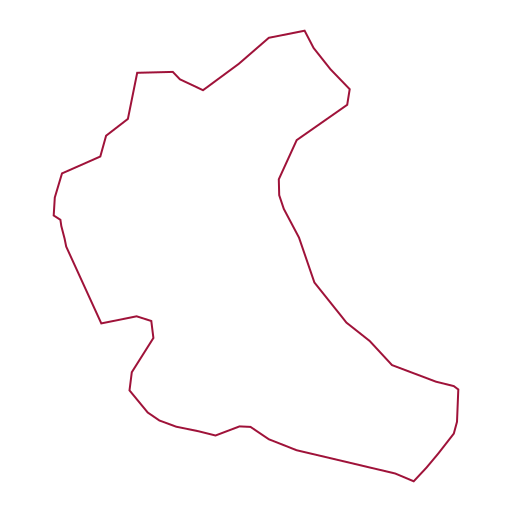 Opobo/Nkoro, Nigeria
{"feature_id": "59680162B46802984315739", "entity_name": "Opobo/Nkoro", "entity_type": "district", "adm_level": 2, "iso_a3": "NGA", "parent_name": "Nigeria", "parent_adm1": "", "projection": "robinson", "projection_center": [7.512, 4.533], "detail": "fine", "context": "isolated", "style": "outline", "palette": "rose", "viewbox_px": 512, "rotation_deg": 0, "n_neighbors": 0, "source": "geoboundaries", "source_scale": "gbopen_adm2", "svg_char_len": 794}
<svg xmlns="http://www.w3.org/2000/svg" viewBox="0 0 512 512"><path d="M458.3,389.5L453.8,386.1L436.0,381.7L392.0,365.1L369.7,341.0L346.4,322.6L341.6,316.5L334.7,307.9L314.4,282.5L299.0,237.6L283.8,208.9L279.2,195.2L278.8,179.3L296.7,140.1L347.2,104.8L349.7,89.2L330.4,69.2L313.6,48.0L304.6,30.7L268.8,37.8L238.7,63.9L203.0,90.2L179.9,79.3L172.8,71.9L137.2,72.8L127.9,118.9L106.1,135.7L100.3,156.5L62.0,173.4L54.8,197.5L53.7,215.5L60.4,219.8L61.3,226.0L64.6,238.7L66.2,246.6L101.3,323.4L136.6,316.3L151.3,321.0L153.4,338.0L131.8,372.2L129.5,390.4L147.7,412.5L159.4,420.5L176.2,426.7L198.7,431.3L215.5,435.5L239.5,426.4L250.5,426.9L268.9,439.3L296.5,450.2L395.2,473.5L413.7,481.3L426.5,467.6L438.3,453.5L453.8,433.6L457.0,421.8L458.3,389.5Z" fill="none" stroke="#9f1239" stroke-width="2"/></svg>